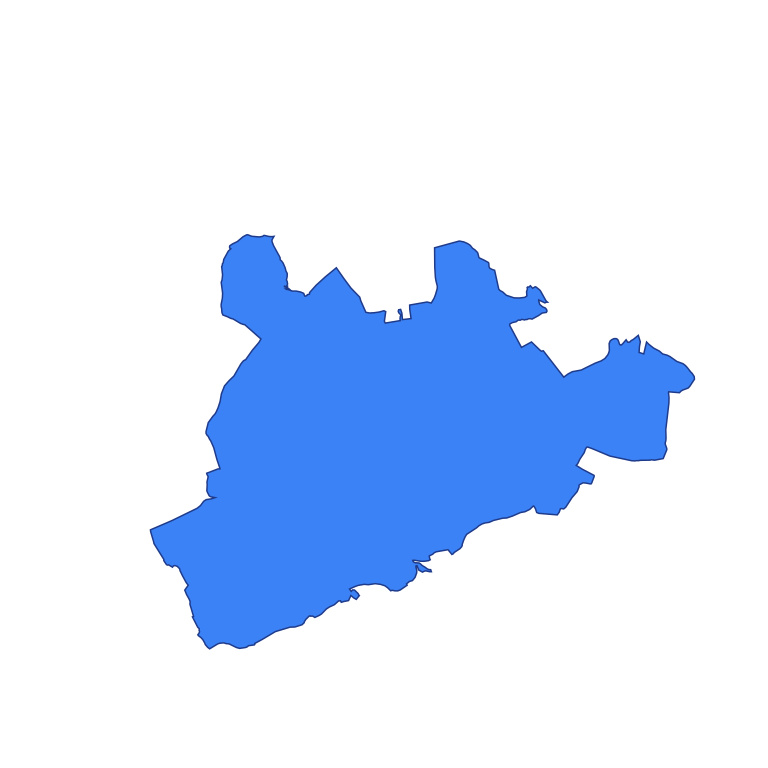 the district of Coroisanmartin, Mures, Romania, rotated 153°
{"feature_id": "2599482B84151777050895", "entity_name": "Coroisanmartin", "entity_type": "district", "adm_level": 2, "iso_a3": "ROU", "parent_name": "Romania", "parent_adm1": "Mures", "projection": "mercator", "projection_center": [24.59, 46.392], "detail": "fine", "context": "isolated", "style": "filled", "palette": "blue", "viewbox_px": 768, "rotation_deg": 153, "n_neighbors": 0, "source": "geoboundaries", "source_scale": "gbopen_adm2", "svg_char_len": 6171}
<svg xmlns="http://www.w3.org/2000/svg" viewBox="0 0 768 768"><g transform="rotate(153 384 384)"><path d="M655.6,316.8L654.6,317.4L653.4,317.4L652.3,316.8L651.0,315.4L650.0,312.2L650.5,310.2L650.6,304.7L650.4,296.9L649.8,293.6L655.1,290.8L655.5,286.0L655.3,281.2L655.5,278.2L656.9,275.9L659.2,263.4L660.4,263.5L660.4,251.8L659.7,249.9L660.6,248.4L660.7,247.3L661.1,246.7L661.8,246.1L663.8,245.0L663.5,243.7L662.2,241.1L661.5,238.4L661.3,234.6L661.5,233.0L660.7,229.6L659.6,227.2L650.1,227.9L648.1,227.6L644.3,226.1L642.5,224.3L640.6,223.2L639.6,222.2L635.2,216.3L632.7,214.0L627.1,212.1L625.4,211.9L623.5,212.3L617.9,210.4L617.2,210.8L617.0,211.5L608.4,211.7L593.2,212.7L578.1,210.0L573.6,207.9L566.3,206.7L563.6,207.5L562.8,208.4L560.6,209.7L556.4,211.1L555.1,211.0L554.9,210.5L552.9,209.6L551.6,207.4L546.7,207.2L544.0,207.5L537.5,209.7L533.8,210.1L528.4,209.9L523.0,211.3L521.2,210.6L521.2,208.9L518.4,208.4L513.9,207.1L509.5,210.6L508.1,207.2L506.5,204.7L502.0,206.7L502.3,207.6L502.2,209.0L503.8,213.8L505.5,214.8L507.4,214.1L507.8,217.0L501.8,216.7L498.5,216.3L492.6,214.5L489.1,212.3L482.5,210.1L478.0,207.0L474.8,203.8L473.3,200.9L471.9,196.7L470.4,196.5L468.0,194.6L465.5,193.4L463.1,193.1L454.7,194.2L454.7,195.7L450.8,196.5L447.9,195.9L444.1,197.6L440.7,200.8L439.5,202.8L438.6,206.5L438.1,207.4L437.1,207.2L437.5,202.4L435.1,198.9L432.9,198.9L431.6,198.5L428.4,195.9L427.0,195.2L426.7,197.4L428.3,198.3L429.6,200.0L430.4,201.8L432.3,204.8L433.2,207.2L434.0,208.6L437.4,210.6L438.1,211.4L438.6,212.9L438.4,213.8L436.8,213.1L431.6,209.3L428.7,207.8L424.7,206.4L422.6,206.4L422.5,208.0L421.7,210.3L418.0,210.2L415.9,210.8L413.7,210.8L402.2,207.3L400.9,201.3L399.3,201.3L398.0,202.0L391.1,202.8L388.6,203.8L387.7,204.5L387.2,205.5L383.9,208.7L381.2,210.9L378.7,212.5L366.9,213.8L363.8,214.6L360.2,214.8L357.0,214.3L353.1,213.0L348.3,212.7L339.0,210.5L335.5,208.9L329.3,208.0L320.8,207.5L316.4,206.2L311.0,206.1L306.4,207.5L305.9,207.0L305.7,204.1L306.3,200.2L304.7,198.4L289.0,188.7L286.0,190.3L283.5,192.7L282.5,192.5L280.6,191.1L278.0,191.7L268.1,197.4L260.8,200.4L256.9,203.8L256.3,205.1L255.7,205.5L251.5,205.6L249.0,204.0L245.8,201.5L244.9,201.0L244.1,201.3L238.8,206.1L238.3,207.2L245.9,217.9L249.7,224.2L247.5,225.1L243.6,228.1L236.8,231.9L234.2,234.4L232.3,235.6L231.3,235.5L228.3,232.4L215.4,217.2L198.3,203.3L195.1,201.4L194.5,201.4L191.5,199.9L190.8,199.9L181.6,195.4L180.0,195.0L177.6,193.3L169.1,190.8L161.8,197.1L161.3,198.3L160.7,202.7L160.0,204.1L158.8,205.3L157.3,207.7L153.7,215.3L138.8,237.7L136.3,242.3L134.3,247.4L133.9,247.8L124.7,242.1L122.7,242.8L120.8,243.0L114.8,242.3L112.6,243.1L105.2,247.3L104.2,249.9L104.6,253.5L105.3,255.7L106.3,260.9L107.0,263.5L108.4,266.4L112.8,271.1L116.8,278.7L118.6,281.1L122.1,284.3L123.7,288.3L127.4,293.5L130.0,299.1L131.0,302.2L138.9,292.9L142.4,296.3L139.5,301.2L136.5,305.2L135.3,311.9L141.9,310.5L143.9,310.5L146.2,309.8L147.9,310.6L148.2,313.5L153.3,311.4L155.2,311.1L156.1,312.2L155.5,316.6L155.7,317.9L156.6,319.1L158.5,320.0L160.9,320.1L162.9,319.7L165.0,317.9L168.0,311.5L169.7,309.7L171.3,308.4L175.7,306.4L180.1,306.0L186.3,306.7L202.0,306.9L210.7,309.5L215.4,309.4L220.7,308.5L227.0,341.3L228.8,341.7L229.7,343.5L233.5,354.5L244.9,354.2L245.4,378.6L245.2,379.6L244.6,380.3L243.8,380.4L241.6,380.4L238.0,379.5L235.3,380.0L233.7,379.0L231.8,379.0L229.6,377.2L228.5,377.2L227.4,376.5L225.5,376.5L223.9,375.7L222.6,374.6L215.3,374.8L210.8,375.4L206.9,374.1L205.8,374.8L205.4,375.9L205.4,376.8L205.7,378.4L207.7,380.8L208.9,383.7L209.1,384.4L208.4,387.9L208.0,388.6L203.8,383.2L202.2,383.2L201.2,382.7L201.9,384.7L202.3,395.8L202.7,397.4L204.4,401.2L205.1,402.0L208.1,401.8L209.0,405.1L210.6,404.6L211.2,404.7L211.7,405.2L212.7,405.0L213.1,403.5L215.1,401.5L216.7,397.6L219.3,397.3L224.6,399.3L229.0,401.7L234.7,407.5L236.4,412.0L238.2,414.7L238.7,416.4L233.8,435.1L235.6,436.9L237.2,439.1L237.2,440.7L235.9,443.8L235.8,444.8L238.5,448.8L241.9,453.2L242.0,453.6L241.0,457.9L241.0,458.9L242.1,462.3L243.5,464.8L244.2,468.4L245.7,471.1L248.4,474.4L252.0,477.2L277.1,482.4L285.7,465.1L289.8,455.7L290.8,452.6L291.9,447.7L292.4,446.3L293.4,444.7L297.7,440.1L300.4,437.7L305.1,434.7L308.4,437.5L325.3,442.7L327.1,439.0L330.2,430.0L338.3,433.0L335.9,439.0L335.3,442.9L337.2,443.5L338.3,442.4L338.5,441.0L338.3,439.8L337.8,438.6L337.9,437.5L339.0,436.6L340.2,434.7L340.7,433.1L355.2,437.7L355.2,439.7L349.6,447.7L350.8,449.3L355.6,450.3L360.5,452.0L364.6,453.8L367.6,456.1L366.9,468.8L366.2,472.4L369.9,484.5L371.9,496.4L373.7,509.2L387.7,506.1L399.7,502.8L408.7,499.3L409.6,497.9L411.8,498.4L412.4,497.9L413.6,497.9L414.5,498.1L414.7,499.0L414.4,500.5L414.5,501.4L416.6,503.9L420.1,506.7L423.6,508.5L426.7,511.8L428.0,512.6L428.3,513.3L425.4,511.7L426.0,513.1L428.5,515.9L428.2,516.3L426.1,514.4L425.5,514.9L426.1,515.5L424.5,516.9L423.7,519.5L423.7,521.0L421.7,523.4L420.2,526.0L420.0,527.1L420.1,529.0L419.3,532.6L419.0,537.5L419.4,540.1L420.0,541.5L419.9,542.4L419.3,543.5L419.2,545.0L419.6,557.3L419.1,561.8L418.3,563.3L415.0,565.5L416.8,566.1L419.4,567.6L423.4,570.9L425.3,570.7L428.3,571.6L434.8,575.7L437.6,578.8L438.8,579.3L442.9,579.2L450.0,577.5L455.5,577.6L458.6,577.2L459.3,576.4L459.8,575.2L459.1,574.0L462.4,573.1L470.2,567.8L472.2,565.1L473.5,564.4L474.3,563.0L475.3,562.4L478.3,554.5L481.1,550.2L482.9,548.5L486.6,538.1L489.1,533.8L493.0,528.8L494.0,526.7L494.4,525.0L496.0,521.1L496.2,518.6L493.0,515.1L490.7,512.0L488.9,510.4L484.4,503.2L482.3,500.9L481.2,500.2L473.2,480.0L476.6,477.8L485.9,473.9L496.4,468.4L497.1,468.6L499.0,468.4L502.5,466.8L514.0,459.3L520.8,457.2L527.0,454.7L533.3,449.1L538.0,442.8L542.7,438.1L546.3,435.2L548.4,433.9L551.2,432.9L558.1,429.4L564.1,422.5L565.0,420.7L564.9,418.4L564.4,417.2L564.5,414.1L564.2,411.8L564.6,404.6L567.1,392.8L568.4,384.0L568.7,382.9L570.4,383.7L582.5,385.0L582.8,383.7L582.7,381.3L586.2,377.1L587.3,374.5L590.2,369.5L590.5,368.3L590.5,363.9L590.1,362.9L589.5,362.1L586.2,359.5L590.1,360.1L594.9,361.7L597.8,361.4L602.7,359.0L607.0,358.1L635.2,358.6L658.3,360.1L659.0,358.2L660.8,348.4L661.4,346.2L659.8,327.7L660.4,326.5L659.8,321.7L658.9,320.8L658.1,320.7L655.6,316.8Z" fill="#3b82f6" stroke="#1e3a8a" stroke-width="1.5"/></g></svg>